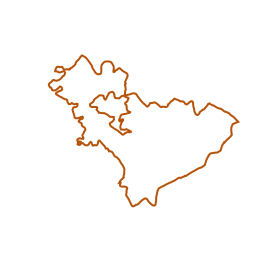 outline of Fayyum, Al Fayyum, Egypt, rotated 31°
{"feature_id": "37247803B48268032297871", "entity_name": "Fayyum", "entity_type": "district", "adm_level": 2, "iso_a3": "EGY", "parent_name": "Egypt", "parent_adm1": "Al Fayyum", "projection": "albers", "projection_center": [30.865, 29.3], "detail": "fine", "context": "isolated", "style": "outline", "palette": "amber", "viewbox_px": 256, "rotation_deg": 31, "n_neighbors": 0, "source": "geoboundaries", "source_scale": "gbopen_adm2", "svg_char_len": 5791}
<svg xmlns="http://www.w3.org/2000/svg" viewBox="0 0 256 256"><g transform="rotate(31 128 128)"><path d="M45.3,117.5L45.3,118.7L44.9,120.5L44.1,122.3L42.7,124.1L40.7,125.0L39.7,125.0L39.0,125.6L38.7,127.5L37.6,130.4L37.8,131.6L38.1,132.0L40.2,133.4L41.0,133.0L41.9,133.3L43.5,134.5L44.4,134.4L46.5,133.0L47.7,129.8L48.2,127.6L49.2,127.2L50.3,127.4L51.7,128.8L51.6,130.0L49.2,133.1L48.4,135.0L48.6,135.8L49.2,136.1L53.5,136.1L55.7,135.9L56.7,136.0L59.1,135.8L60.1,135.3L61.1,135.3L61.6,135.5L62.3,136.5L63.5,137.3L64.7,137.9L65.1,137.9L66.4,137.1L67.0,135.5L69.0,135.6L69.8,135.3L71.6,133.6L72.4,133.4L73.2,135.0L73.0,136.2L72.3,137.0L70.6,138.5L70.9,140.5L71.1,141.1L75.7,145.1L76.6,146.3L77.0,146.5L77.9,146.6L79.8,145.7L82.0,142.8L83.2,141.7L84.3,142.8L84.0,143.9L82.6,145.3L82.2,146.6L82.3,147.5L82.4,147.9L83.0,148.1L85.4,147.8L85.9,148.0L87.2,149.6L88.4,150.0L90.3,150.0L91.0,150.2L91.6,150.6L92.5,151.7L92.3,153.2L92.6,155.2L92.5,157.4L92.8,157.9L93.4,158.5L94.8,159.3L95.2,160.3L93.7,161.2L92.5,161.4L92.0,161.7L91.0,162.6L90.6,164.2L91.1,165.0L91.5,165.2L92.1,165.2L93.6,164.4L94.4,164.2L94.4,165.1L92.7,166.6L93.3,168.0L94.2,168.0L95.2,167.4L95.6,166.9L95.7,166.0L96.1,164.9L97.0,164.3L97.5,164.3L99.4,164.8L100.4,164.7L101.8,164.0L102.3,163.5L102.8,162.2L102.7,160.3L103.1,159.2L103.7,159.2L104.6,159.6L105.6,160.5L106.8,161.2L107.2,161.1L108.0,159.9L109.7,159.3L110.2,158.7L110.3,157.4L109.5,155.2L109.4,154.1L109.8,153.5L110.8,153.6L112.0,154.1L117.8,155.8L119.5,157.1L120.7,156.2L122.0,156.4L122.5,156.7L122.6,157.1L123.7,157.8L124.1,157.3L126.1,156.7L128.0,157.2L130.6,158.9L131.5,159.1L133.8,158.9L135.7,159.4L137.6,160.1L138.2,160.6L140.1,161.7L142.0,162.4L144.6,163.9L146.1,165.1L147.3,167.5L147.9,168.3L149.4,172.6L149.8,172.7L148.6,177.0L148.7,179.5L149.7,178.6L150.0,178.8L150.4,180.8L151.0,181.6L152.0,181.7L153.5,181.2L154.8,180.1L156.5,179.6L158.0,179.7L158.6,180.4L158.6,181.5L159.4,182.9L159.5,183.6L160.1,184.2L160.9,186.5L165.0,188.5L171.2,192.6L172.1,192.7L173.2,192.2L174.6,189.5L175.5,188.7L176.0,187.7L177.1,183.2L177.9,181.2L179.0,179.5L180.1,179.1L181.0,179.2L183.9,180.6L187.3,181.4L189.0,181.5L189.7,181.4L190.9,180.5L191.0,180.0L190.8,179.0L189.4,175.4L188.1,173.4L185.7,166.7L185.5,163.9L187.1,161.1L188.8,158.6L190.2,156.0L195.1,149.0L196.6,145.6L197.6,144.1L199.2,143.5L200.0,141.9L201.1,140.7L201.3,139.7L202.3,139.3L205.4,133.0L206.8,130.7L208.2,128.1L209.5,126.0L211.4,123.8L212.9,120.1L211.7,115.4L211.3,110.3L211.5,110.3L211.5,108.1L211.9,107.3L215.2,104.4L217.2,103.0L218.9,99.8L217.7,94.3L217.8,91.1L218.1,91.2L218.9,87.3L220.1,83.3L220.5,80.4L218.7,78.2L217.0,75.7L216.2,73.9L215.8,70.8L217.7,68.0L219.3,65.9L212.6,64.1L208.9,64.0L207.5,63.3L206.4,63.5L205.4,63.4L204.3,63.7L203.5,63.7L202.4,64.2L199.1,63.7L197.8,63.8L196.8,63.9L196.2,64.4L193.8,64.7L190.8,64.7L190.5,64.6L189.6,64.6L189.2,65.0L186.4,65.1L185.7,65.3L185.1,65.0L184.3,66.2L184.4,67.5L183.5,73.0L182.8,73.3L182.6,74.3L181.3,77.5L181.7,78.9L181.3,80.3L180.8,81.1L180.1,81.3L178.9,81.2L178.3,80.9L176.1,79.3L174.9,77.7L172.7,75.6L170.9,73.1L169.8,72.1L168.6,72.3L167.9,73.1L166.4,77.3L165.4,77.9L164.7,77.8L162.7,77.0L161.4,76.9L159.1,78.3L158.1,78.1L155.4,78.4L153.1,79.0L152.6,79.0L152.4,79.8L152.3,80.9L151.2,83.1L150.7,86.3L150.2,87.0L150.7,88.6L150.6,89.3L149.6,90.6L146.9,91.7L145.8,92.9L144.9,93.2L143.0,92.7L138.8,92.1L137.7,92.3L137.3,92.6L136.7,93.4L134.2,95.3L134.2,98.1L133.9,99.2L133.5,99.8L127.6,98.7L125.4,98.1L119.1,95.5L118.6,95.1L116.9,94.7L115.2,95.2L114.5,95.7L113.8,96.3L112.3,98.2L110.6,99.7L109.9,100.6L108.8,101.0L108.0,100.8L107.1,98.7L106.6,98.0L106.2,96.2L104.3,93.6L103.5,93.0L103.0,92.5L103.0,91.9L103.3,91.4L102.5,90.5L102.2,90.5L101.8,90.2L101.0,83.8L99.8,82.2L98.9,81.8L94.0,81.8L90.1,81.0L89.7,81.3L88.8,82.7L88.7,83.7L87.6,85.2L87.8,86.1L87.2,87.2L86.8,87.4L86.5,87.3L84.8,83.7L84.1,82.7L83.4,82.2L82.3,81.5L80.1,80.4L79.0,80.3L77.4,80.8L75.7,81.7L74.2,82.9L73.7,83.5L73.1,86.0L73.2,88.4L73.4,88.8L74.0,90.1L75.5,92.4L76.7,94.9L76.5,95.8L74.7,97.4L73.9,97.6L71.6,97.4L66.4,94.7L65.5,93.7L64.7,93.1L58.1,90.2L54.9,89.3L51.9,89.4L51.1,89.6L50.7,91.2L50.5,94.6L49.7,97.5L49.6,98.5L50.0,100.4L49.9,101.7L49.5,103.1L49.2,103.4L49.0,104.6L48.6,105.5L47.9,106.2L47.5,107.4L47.9,107.6L47.5,108.4L45.4,109.0L44.8,109.5L44.4,110.1L43.6,110.5L42.6,110.7L40.8,110.0L40.4,109.6L39.9,109.6L38.1,111.0L37.1,111.2L35.7,112.1L35.5,114.2L36.3,116.9L38.6,115.9L39.6,116.0L41.0,115.5L43.2,112.8L44.2,112.4L44.8,112.5L45.8,113.3L46.2,115.5L45.9,116.5L45.5,117.4L45.3,117.5ZM113.3,102.6L113.3,104.1L113.7,105.6L112.7,107.8L113.1,108.8L114.4,109.1L115.2,109.5L117.5,112.8L119.1,113.5L121.7,113.3L121.7,114.1L120.2,115.3L118.8,117.0L115.9,119.5L115.5,120.2L115.4,121.4L115.9,123.1L116.2,125.7L117.0,126.4L117.6,126.5L118.2,124.2L118.9,123.3L119.5,123.3L119.8,124.0L119.7,127.1L120.6,130.6L121.6,132.1L122.8,132.8L125.9,131.4L127.0,130.1L127.5,129.8L132.2,129.5L132.5,129.9L132.0,130.6L129.7,131.8L129.1,132.4L128.2,133.8L127.8,135.4L127.4,136.1L126.4,136.6L123.8,135.9L122.5,136.0L122.0,135.7L120.7,135.5L116.4,135.6L114.8,135.4L113.0,135.4L111.5,134.9L110.0,133.6L110.0,133.3L111.2,130.9L111.6,129.6L111.6,127.8L110.8,127.0L110.2,125.9L106.6,127.7L103.6,127.2L99.9,127.5L98.5,128.4L96.8,129.2L96.1,129.5L95.3,129.5L95.0,129.9L94.3,129.4L91.7,128.5L91.3,126.5L90.3,126.2L88.9,126.9L86.1,128.7L84.5,128.7L83.6,127.9L83.2,126.8L83.7,125.6L84.2,124.9L84.7,123.1L84.4,120.8L86.0,116.9L86.6,114.7L87.9,114.1L88.2,113.8L90.3,113.0L92.5,115.1L93.6,115.5L94.1,115.3L94.2,113.6L93.9,112.3L93.9,109.3L93.6,108.3L94.3,106.8L95.5,105.4L95.9,105.1L96.4,105.0L98.0,105.4L99.5,106.8L99.6,107.2L100.5,108.2L101.4,108.8L102.0,108.7L105.2,107.1L106.1,104.0L106.7,103.3L108.0,102.2L108.2,102.6L110.3,102.6L112.7,101.9L113.3,102.6Z" fill="none" stroke="#b45309" stroke-width="2"/></g></svg>